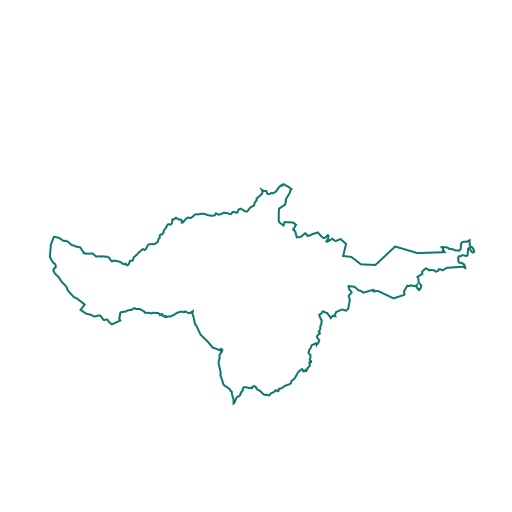 Ixhuacán de los Reyes, Veracruz, Mexico, rotated 315°
{"feature_id": "50627088B23421839832911", "entity_name": "Ixhuacán de los Reyes", "entity_type": "district", "adm_level": 2, "iso_a3": "MEX", "parent_name": "Mexico", "parent_adm1": "Veracruz", "projection": "albers", "projection_center": [-97.071, 19.373], "detail": "fine", "context": "isolated", "style": "outline", "palette": "teal", "viewbox_px": 512, "rotation_deg": 315, "n_neighbors": 0, "source": "geoboundaries", "source_scale": "gbopen_adm2", "svg_char_len": 6156}
<svg xmlns="http://www.w3.org/2000/svg" viewBox="0 0 512 512"><g transform="rotate(315 256 256)"><path d="M395.5,412.4L396.9,410.0L397.2,408.5L396.7,407.7L396.7,406.7L394.9,404.3L395.1,403.1L397.8,400.2L399.2,399.6L400.4,400.9L402.2,401.1L403.3,402.3L404.6,404.7L406.0,405.1L411.2,400.8L412.2,401.0L411.5,405.9L412.2,407.3L413.2,407.2L414.5,405.2L415.0,402.4L413.9,401.6L415.2,399.0L418.2,395.9L415.6,395.2L412.1,392.2L410.6,392.0L409.3,392.6L405.9,395.7L403.4,395.9L400.7,392.6L399.6,389.6L398.4,388.8L397.6,387.5L397.7,386.5L397.0,384.9L394.7,382.0L393.5,381.1L393.5,381.9L394.2,382.6L393.0,383.4L392.6,384.6L391.4,384.6L392.2,385.9L392.1,386.7L372.2,368.1L361.1,347.7L334.1,346.8L324.3,336.1L322.7,324.0L317.6,317.6L328.2,311.2L327.8,303.9L323.0,301.8L322.4,300.4L322.2,297.8L316.4,296.3L316.1,295.4L319.1,294.9L321.8,292.6L321.5,292.0L317.7,292.0L316.4,290.9L316.1,287.9L316.4,283.1L310.9,280.2L308.7,279.8L307.5,278.3L307.0,278.5L306.6,277.9L307.0,274.9L306.5,274.6L302.0,274.3L300.3,273.5L298.0,271.7L300.9,266.7L301.2,265.3L300.9,263.8L301.4,263.3L302.1,263.6L305.1,262.4L306.4,262.3L305.9,258.6L300.3,252.3L297.0,253.9L296.3,248.3L296.7,247.5L303.3,240.9L305.9,238.8L312.9,240.3L314.7,238.9L315.7,238.8L316.8,237.2L324.6,235.2L326.9,233.8L328.3,233.8L327.9,230.2L326.8,227.0L326.5,225.0L325.4,224.3L324.4,224.9L324.0,224.6L323.8,223.9L323.4,224.1L321.7,223.5L315.7,224.5L313.5,224.1L311.7,223.1L311.3,222.3L308.9,221.5L308.0,219.9L309.2,217.6L308.9,216.9L307.4,215.5L306.9,213.2L306.2,215.0L304.6,216.2L299.5,216.1L297.1,215.7L295.9,217.0L292.3,217.5L290.6,218.9L286.2,217.7L281.2,218.3L280.4,217.6L279.8,216.4L278.7,211.7L276.5,210.8L274.2,211.9L273.3,212.0L272.7,211.6L271.9,209.7L270.6,208.4L267.9,208.7L266.8,207.6L266.4,205.8L264.9,204.3L264.5,203.2L263.3,202.2L261.4,202.0L258.8,200.4L257.9,197.5L255.6,198.1L252.9,196.1L250.4,192.4L249.8,190.6L247.6,187.7L244.4,185.6L242.5,183.7L241.8,183.3L239.8,183.5L237.2,183.1L236.4,182.7L235.1,180.7L233.1,180.2L228.3,180.6L227.1,180.1L227.3,179.4L228.6,178.6L228.7,177.7L228.4,176.8L227.1,175.6L226.5,172.3L223.9,172.2L222.9,171.0L220.0,173.3L218.0,173.5L217.2,172.7L217.0,171.9L215.9,171.3L211.8,172.5L208.5,172.9L207.6,173.9L206.2,174.2L204.9,174.3L203.5,173.4L202.1,173.6L200.9,175.1L199.1,175.0L196.5,176.6L192.7,175.9L189.0,172.3L187.3,171.9L182.5,173.3L181.6,173.2L180.9,171.1L174.7,170.6L172.7,170.9L168.9,170.4L165.6,172.0L163.5,170.4L159.7,171.9L158.8,171.8L158.2,171.3L158.4,169.3L157.4,169.2L156.0,166.4L156.2,165.0L153.9,160.8L152.9,159.9L152.6,158.9L150.3,158.0L150.3,155.7L151.0,153.5L149.9,150.6L148.7,149.7L147.0,147.3L146.3,147.2L144.7,145.1L142.6,143.5L142.2,138.6L138.8,135.6L136.3,132.5L136.7,132.4L137.0,128.8L137.8,126.1L137.2,124.4L135.4,122.2L134.5,119.6L133.4,118.1L133.1,113.5L132.5,110.9L131.4,110.2L130.3,108.4L130.0,105.5L128.8,102.6L127.4,100.5L126.6,99.6L119.1,102.8L109.5,111.0L107.9,116.7L108.2,120.0L107.6,121.0L106.4,122.4L104.2,122.1L102.4,122.8L102.3,124.2L101.4,125.7L101.5,131.7L100.2,137.2L100.4,141.3L100.0,144.4L99.0,146.2L98.5,148.4L98.2,154.5L98.2,156.4L99.3,159.4L100.6,169.2L93.8,170.1L95.1,176.6L97.5,180.5L98.8,184.3L100.7,185.8L101.8,186.1L103.6,187.8L103.7,190.0L103.0,192.7L103.1,193.7L105.5,195.3L105.9,196.2L105.4,198.4L105.7,202.4L114.4,205.7L115.3,203.1L116.6,202.7L119.4,200.5L120.5,200.2L123.5,202.1L124.1,202.9L126.9,203.8L130.5,206.4L132.4,206.5L133.5,207.5L133.5,208.4L136.4,211.4L137.7,216.2L137.3,217.5L140.6,221.1L141.3,222.5L143.5,223.7L146.5,227.3L146.7,228.9L146.3,229.9L148.3,230.3L148.6,231.3L147.7,232.0L147.8,232.8L148.5,234.4L148.9,233.9L149.8,234.5L149.3,235.7L151.3,236.8L152.6,238.2L156.8,239.8L160.2,240.4L163.2,242.1L164.6,243.3L164.8,244.2L165.7,245.1L166.8,245.1L167.8,248.5L169.0,249.6L172.3,250.4L170.1,251.9L168.8,254.8L165.3,260.1L165.1,261.1L164.5,261.5L164.5,263.4L161.2,272.2L161.3,282.2L160.7,289.8L160.5,290.0L162.0,292.9L163.8,297.4L165.4,296.7L166.0,298.1L165.7,298.8L163.5,299.7L160.5,300.0L157.8,302.7L155.9,303.6L153.6,305.5L149.2,312.6L147.1,314.9L146.4,315.1L145.5,317.6L144.8,318.4L144.4,319.9L142.7,322.5L142.0,324.8L143.3,331.4L142.7,332.9L142.9,334.8L141.6,336.2L138.6,341.6L135.9,344.4L136.8,344.5L142.0,342.4L143.5,342.4L144.8,343.2L147.0,343.1L147.9,342.2L149.2,342.2L149.8,341.6L151.4,341.8L153.2,340.3L154.6,340.3L156.1,341.5L157.6,344.5L159.3,345.5L159.2,346.4L160.0,346.6L161.9,346.1L162.9,346.9L163.2,349.3L162.8,349.6L162.4,350.7L163.5,354.3L163.5,358.8L164.3,361.1L165.5,361.5L166.4,363.6L167.4,363.9L169.1,363.6L172.3,364.8L175.1,364.9L175.7,367.1L176.7,367.3L177.7,366.2L178.3,366.2L180.4,367.6L184.4,368.2L188.1,369.8L189.0,370.5L191.0,370.6L192.7,369.4L195.8,370.0L198.3,369.5L203.7,367.9L208.1,368.3L208.7,368.9L207.9,371.1L208.1,371.5L209.7,371.9L210.0,372.6L210.8,371.6L211.6,372.6L213.5,371.7L216.3,371.7L217.4,370.8L218.3,369.0L218.9,368.9L220.0,369.9L220.6,369.4L220.5,368.1L221.1,367.0L222.6,366.4L224.5,364.5L224.3,362.1L226.9,360.1L229.5,359.8L232.1,358.5L236.5,360.0L236.7,360.4L236.0,361.6L237.4,361.1L237.8,361.7L240.7,360.8L241.0,360.5L241.7,356.7L242.2,355.9L245.0,355.6L246.1,356.0L246.2,355.4L247.0,355.1L247.0,353.8L249.8,353.2L251.8,351.1L254.1,350.5L256.0,348.5L257.0,348.2L257.3,346.0L257.8,345.6L258.0,344.4L259.1,342.3L261.6,342.9L263.5,342.4L264.4,342.6L264.9,344.6L266.0,346.7L265.0,352.9L267.7,352.3L269.5,354.7L270.2,353.2L272.1,352.8L273.0,352.3L279.0,354.6L281.0,358.3L283.9,358.5L291.4,353.4L292.6,350.7L293.7,349.6L297.7,349.5L298.4,348.2L298.1,346.0L298.4,345.3L299.8,343.9L299.8,342.8L300.1,342.7L303.8,347.3L304.2,350.5L304.1,352.5L305.6,355.0L306.0,357.8L315.1,362.9L315.0,363.4L314.1,364.0L314.3,364.6L315.9,365.5L317.6,367.2L323.3,383.2L333.4,388.3L334.4,387.7L335.4,385.8L341.8,384.0L341.9,384.5L342.9,385.0L343.3,385.8L344.9,386.3L346.1,388.6L347.5,390.0L349.2,390.2L347.6,391.4L347.2,393.3L347.7,394.0L347.1,394.5L347.3,395.4L349.2,395.4L352.0,393.8L352.3,389.7L354.5,387.3L355.4,384.9L360.9,386.3L362.5,384.5L367.2,384.8L367.8,385.8L368.3,388.7L369.2,389.0L371.8,392.0L372.0,394.2L374.6,395.3L375.6,394.7L376.1,394.7L376.9,395.7L377.7,398.0L382.6,399.3L395.1,410.2L395.1,411.6L395.5,412.4Z" fill="none" stroke="#0f766e" stroke-width="2"/></g></svg>